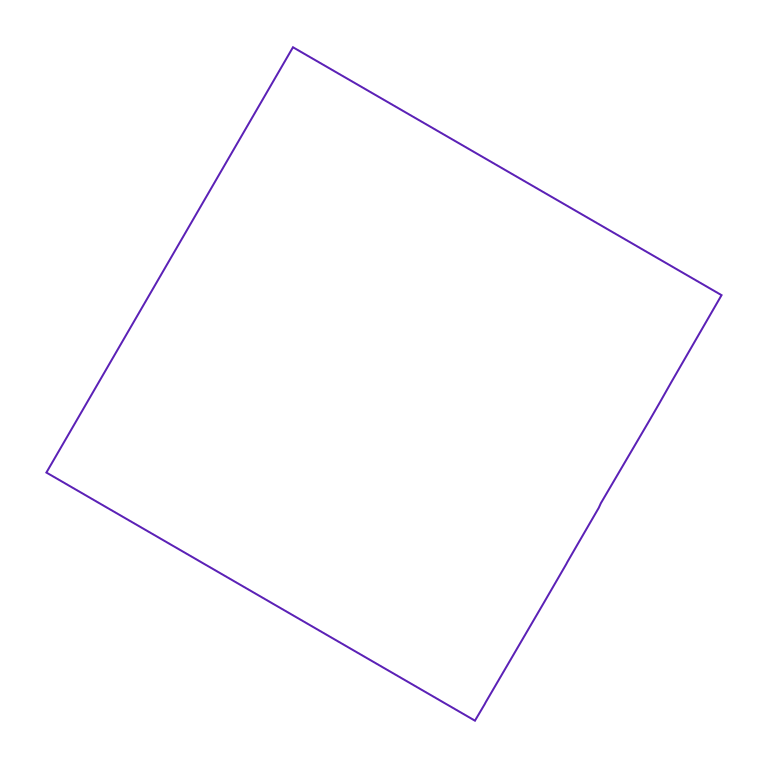 Jefferson, Nebraska, United States of America (Mercator projection), rotated 300°
{"feature_id": "52423323B41308713278653", "entity_name": "Jefferson", "entity_type": "district", "adm_level": 2, "iso_a3": "USA", "parent_name": "United States of America", "parent_adm1": "Nebraska", "projection": "mercator", "projection_center": [-97.192, 40.176], "detail": "fine", "context": "isolated", "style": "outline", "palette": "violet", "viewbox_px": 768, "rotation_deg": 300, "n_neighbors": 0, "source": "geoboundaries", "source_scale": "gbopen_adm2", "svg_char_len": 370}
<svg xmlns="http://www.w3.org/2000/svg" viewBox="0 0 768 768"><g transform="rotate(300 384 384)"><path d="M137.9,631.1L138.0,631.1L157.8,631.3L158.5,631.2L272.6,631.8L319.2,631.9L321.5,631.8L341.5,631.8L384.2,631.9L389.2,631.4L485.0,632.1L505.5,632.1L529.0,631.9L629.7,631.9L630.1,136.8L138.5,135.9L137.9,631.1Z" fill="none" stroke="#5b21b6" stroke-width="2"/></g></svg>